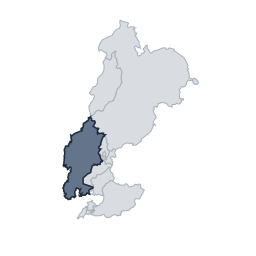 Kazakhstan highlighted among its neighbors, rotated 286°
{"feature_id": "KAZ", "entity_name": "Kazakhstan", "entity_type": "country or territory", "adm_level": 0, "iso_a3": "KAZ", "parent_name": "Asia", "parent_adm1": "", "projection": "equal_earth", "projection_center": [65.802, 47.999], "detail": "fine", "context": "with_neighbors", "style": "filled", "palette": "slate", "viewbox_px": 256, "rotation_deg": 286, "n_neighbors": 10, "source": "natural_earth", "source_scale": "50m", "svg_char_len": 12428}
<svg xmlns="http://www.w3.org/2000/svg" viewBox="0 0 256 256"><g transform="rotate(286 128 128)"><path d="M61.4,110.7L61.9,100.2L67.5,98.5L73.0,101.8L75.0,104.4L81.3,103.7L83.9,105.8L83.8,108.7L84.8,108.7L85.3,111.1L88.1,111.2L88.8,112.6L89.6,112.6L90.5,110.5L94.7,107.9L95.3,108.2L93.5,110.1L95.2,111.2L96.7,110.5L99.4,112.0L96.6,114.1L94.0,113.9L93.7,113.1L94.1,111.7L91.1,112.4L89.4,115.9L87.5,115.8L87.0,117.1L88.6,117.8L89.1,120.0L87.9,123.0L84.9,122.4L85.0,120.5L79.6,117.8L75.6,114.4L74.6,111.4L73.8,110.8L71.4,111.0L70.6,110.4L70.4,108.1L67.5,106.5L65.6,108.2L63.6,109.2L63.9,110.7L61.4,110.7Z" fill="#d9dde1" stroke="#a8b0b8" stroke-width="1"/><path d="M129.3,88.4L131.4,87.9L135.1,85.6L138.0,84.4L139.9,85.2L142.1,85.2L143.7,86.4L149.0,87.2L150.6,85.4L149.5,83.8L151.0,81.1L153.6,82.2L158.1,83.2L158.9,85.1L162.2,86.2L166.5,85.4L168.7,85.8L171.1,87.0L172.7,88.4L177.4,88.8L181.8,87.7L184.3,85.8L185.6,86.1L187.0,87.0L189.4,86.8L188.4,91.5L189.3,92.6L190.4,92.3L192.6,92.7L193.9,91.7L195.9,92.5L198.4,94.5L198.5,95.4L196.7,95.1L193.7,95.5L192.4,96.3L191.4,98.1L188.4,99.2L186.6,100.7L183.0,99.9L182.3,101.7L183.8,103.7L181.3,106.2L179.0,107.2L175.7,107.3L172.4,108.3L170.1,109.9L168.9,109.0L166.3,109.0L162.7,107.2L160.4,106.8L157.5,107.2L150.5,106.6L148.9,104.9L147.5,102.3L146.1,102.0L143.2,100.2L137.6,99.3L136.7,98.1L137.0,94.9L135.2,92.7L132.1,91.7L130.1,90.2L129.3,88.4Z" fill="#d9dde1" stroke="#a8b0b8" stroke-width="1"/><path d="M87.9,123.0L89.1,120.0L88.6,117.8L87.0,117.1L87.5,115.8L89.4,115.9L91.1,112.4L94.1,111.7L93.7,113.1L94.0,113.9L94.9,113.8L94.1,114.7L91.7,114.2L91.5,115.9L93.9,115.7L96.7,116.7L101.0,116.2L101.6,119.0L102.4,118.7L103.8,119.3L104.1,122.2L100.2,122.0L98.9,123.3L97.1,124.3L96.1,123.3L96.3,120.7L95.6,120.6L95.8,119.7L94.6,119.0L93.6,120.1L93.1,121.7L91.7,121.6L91.0,123.0L90.2,122.4L88.6,123.4L87.9,123.0Z" fill="#d9dde1" stroke="#a8b0b8" stroke-width="1"/><path d="M94.7,107.9L95.1,106.7L96.6,106.3L100.2,107.3L100.5,105.6L101.7,105.0L104.9,106.2L105.7,105.9L112.6,106.2L113.8,107.3L115.2,107.7L114.9,108.3L111.5,109.9L110.8,111.1L108.0,111.4L107.2,113.3L104.8,112.9L103.3,113.5L101.2,114.8L101.6,115.5L101.0,116.2L96.7,116.7L93.9,115.7L91.5,115.9L91.7,114.2L94.1,114.7L94.9,113.8L96.6,114.1L99.4,112.0L96.7,110.5L95.2,111.2L93.5,110.1L95.3,108.2L94.7,107.9Z" fill="#d9dde1" stroke="#a8b0b8" stroke-width="1"/><path d="M53.8,109.3L54.9,108.4L57.4,107.8L58.9,108.6L60.3,110.8L63.9,110.7L63.6,109.2L65.6,108.2L67.5,106.5L70.4,108.1L70.6,110.4L71.4,111.0L73.8,110.8L74.6,111.4L75.6,114.4L79.6,117.8L85.0,120.5L84.9,122.4L83.1,121.5L82.8,122.5L80.9,123.1L80.4,125.5L79.1,126.5L77.3,126.9L76.8,128.3L75.0,128.7L72.7,127.6L72.6,125.0L70.9,124.9L68.3,122.2L66.5,121.9L64.1,120.4L62.5,120.1L61.5,120.7L59.9,120.6L58.2,122.3L56.2,122.9L55.9,120.7L56.4,117.6L54.7,116.6L55.4,114.6L53.9,114.4L54.6,112.0L56.6,112.7L58.6,111.7L57.1,110.0L56.6,108.3L54.8,109.1L54.4,111.2L53.8,109.3Z" fill="#d9dde1" stroke="#a8b0b8" stroke-width="1"/><path d="M42.5,145.3L41.3,143.6L41.4,142.0L40.6,142.0L41.2,139.7L40.1,137.3L37.4,135.6L36.0,132.7L36.7,130.3L38.0,129.3L38.0,127.5L36.5,126.6L34.4,120.5L34.9,119.6L34.5,116.2L36.1,115.4L36.4,116.5L37.4,117.9L38.9,118.3L39.7,118.2L42.6,116.0L43.4,115.8L44.0,116.6L43.1,118.1L44.4,119.7L45.0,119.5L45.5,121.7L47.7,122.3L49.1,123.8L52.4,124.4L56.0,123.6L56.2,122.9L58.2,122.3L59.9,120.6L61.5,120.7L62.5,120.1L64.1,120.4L66.5,121.9L68.3,122.2L70.9,124.9L72.6,125.0L72.7,127.6L71.0,133.6L72.0,134.1L71.0,135.7L71.9,140.2L73.6,140.7L73.8,142.7L71.6,145.6L73.7,149.2L76.0,150.6L76.0,153.4L77.1,153.9L77.3,155.4L73.8,157.0L72.9,160.8L63.0,158.6L62.1,154.7L61.0,154.1L59.1,154.7L56.7,156.3L53.8,155.2L51.5,152.7L49.2,151.8L46.2,144.6L44.9,145.1L43.5,144.1L42.5,145.3Z" fill="#d9dde1" stroke="#a8b0b8" stroke-width="1"/><path d="M39.7,118.2L38.9,118.3L38.2,116.1L37.2,116.1L36.6,115.3L33.8,113.8L34.1,112.4L33.9,111.3L37.0,110.9L38.2,112.1L37.7,112.9L38.7,113.9L38.0,114.8L39.9,116.1L39.7,118.2Z" fill="#d9dde1" stroke="#a8b0b8" stroke-width="1"/><path d="M191.0,183.3L188.9,182.3L188.5,179.4L189.6,177.9L192.2,177.0L193.6,177.1L194.3,178.3L193.4,179.8L193.0,181.7L191.0,183.3ZM115.2,107.7L114.9,106.0L116.3,105.3L114.0,100.4L119.2,98.6L120.3,93.7L124.6,94.6L125.6,93.3L125.4,90.6L127.1,90.4L128.5,88.6L129.3,88.4L130.1,90.2L132.1,91.7L135.2,92.7L137.0,94.9L136.7,98.1L137.6,99.3L143.2,100.2L146.1,102.0L147.5,102.3L148.9,104.9L150.5,106.6L157.5,107.2L160.4,106.8L162.7,107.2L166.3,109.0L168.9,109.0L170.1,109.9L172.4,108.3L175.7,107.3L179.0,107.2L181.3,106.2L183.8,103.7L182.3,101.7L183.0,99.9L186.6,100.7L188.4,99.2L191.4,98.1L192.4,96.3L193.7,95.5L196.7,95.1L198.5,95.4L198.4,94.5L195.9,92.5L193.9,91.7L192.6,92.7L190.4,92.3L189.3,92.6L188.4,91.5L189.4,86.8L192.2,87.8L194.6,86.1L194.2,84.9L195.1,82.2L195.9,81.3L195.4,79.9L194.0,79.3L195.2,78.0L197.6,77.6L200.2,77.5L203.6,78.3L205.7,79.2L210.7,84.5L212.4,87.1L216.4,88.0L219.7,89.9L221.5,92.4L224.8,92.4L226.2,91.4L229.3,90.6L229.2,93.0L228.8,94.0L229.3,97.0L228.9,99.7L226.0,99.2L224.6,100.2L226.0,102.7L226.8,106.0L225.7,106.1L226.2,107.6L224.3,105.9L223.9,107.5L220.9,108.7L221.7,110.2L219.8,110.1L218.4,109.2L217.5,111.3L215.6,112.9L214.3,114.7L211.4,115.6L210.1,117.0L207.9,117.8L208.7,116.4L207.9,115.3L209.2,113.3L207.6,111.8L203.9,114.8L203.0,116.7L200.8,116.9L200.0,118.3L201.7,120.3L203.7,120.8L204.1,122.1L206.1,123.0L208.1,120.9L210.4,122.0L211.9,122.1L212.7,123.7L209.6,124.5L208.9,126.2L207.0,127.7L206.3,129.8L209.2,131.5L210.7,134.5L214.8,139.8L215.3,142.1L214.0,142.9L214.8,144.6L216.4,145.6L216.4,150.7L215.1,151.0L211.0,162.5L205.1,168.2L202.4,168.6L201.1,170.0L200.1,169.0L198.9,170.6L195.7,172.3L193.2,172.8L192.7,176.2L191.4,176.4L190.5,174.0L190.9,172.8L187.5,171.7L186.4,172.2L183.9,171.4L182.6,170.1L182.8,168.2L180.5,167.6L179.2,166.4L177.3,168.1L173.1,168.5L170.6,169.7L171.3,173.5L170.0,173.4L169.5,171.3L167.8,172.2L164.8,170.4L165.3,167.7L163.7,167.1L162.8,164.1L160.3,164.6L160.3,160.8L162.3,158.1L161.8,153.0L160.7,152.2L159.7,150.3L158.4,150.6L155.7,150.1L156.4,148.8L155.1,146.8L153.5,148.1L151.5,147.3L148.9,149.4L147.0,151.7L145.1,152.1L144.0,151.3L140.9,150.5L139.7,151.3L138.3,153.6L137.9,151.1L136.5,151.8L131.0,150.8L128.9,149.4L127.1,148.7L126.2,147.2L124.8,146.8L122.3,144.7L120.4,143.7L119.4,144.5L113.6,140.3L112.8,136.9L114.5,137.3L114.5,135.7L113.5,134.1L113.6,131.6L110.9,128.0L107.1,126.8L106.3,124.5L104.6,123.1L104.1,122.2L103.8,119.3L102.4,118.7L101.6,119.0L101.0,116.2L101.6,115.5L101.2,114.8L103.3,113.5L104.8,112.9L107.2,113.3L108.0,111.4L110.8,111.1L111.5,109.9L114.9,108.3L115.2,107.7Z" fill="#d9dde1" stroke="#a8b0b8" stroke-width="1"/><path d="M39.7,109.5L41.0,109.2L42.3,111.0L43.3,111.2L45.2,109.3L47.2,112.8L48.2,113.0L48.8,113.8L47.0,114.0L45.9,117.3L45.0,118.0L45.0,119.5L44.4,119.7L43.1,118.1L44.0,116.6L43.4,115.8L42.6,116.0L39.7,118.2L39.9,116.1L38.0,114.8L38.7,113.9L37.7,112.9L38.2,112.1L37.0,110.9L37.6,110.4L40.3,111.4L40.7,111.1L39.7,109.5ZM38.9,118.3L37.4,117.9L36.4,116.5L36.1,115.4L36.6,115.3L37.2,116.1L38.2,116.1L38.9,118.3Z" fill="#d9dde1" stroke="#a8b0b8" stroke-width="1"/><path d="M26.7,104.6L27.0,104.2L31.9,105.2L34.8,106.6L35.1,107.1L36.5,106.6L38.5,107.2L39.0,108.4L40.3,109.1L39.7,109.5L40.7,111.1L40.3,111.4L39.2,111.2L37.6,110.4L37.0,110.9L33.9,111.3L31.9,109.9L29.5,110.0L30.0,108.8L29.7,106.8L28.5,105.8L27.4,105.5L26.7,104.6Z" fill="#d9dde1" stroke="#a8b0b8" stroke-width="1"/><path d="M94.6,108.0L94.1,108.2L93.8,108.6L93.5,108.5L92.8,109.2L91.8,109.6L91.3,110.0L91.2,110.2L90.7,110.4L90.5,110.5L90.5,110.8L90.4,111.0L89.8,111.5L89.5,112.0L89.4,112.3L89.5,112.6L89.1,112.7L88.5,112.4L88.3,112.2L88.4,111.5L88.0,111.0L87.7,111.1L85.5,111.2L85.3,111.1L85.0,110.2L84.8,108.7L83.7,108.7L83.7,107.8L83.9,105.8L83.3,106.2L82.6,104.9L82.1,104.6L81.3,103.8L80.3,104.2L77.6,104.0L74.9,104.4L73.2,102.5L73.0,102.0L72.8,101.9L67.6,98.6L62.0,100.2L61.5,110.7L60.5,110.8L60.2,110.7L59.9,110.3L59.1,108.8L57.5,107.7L56.5,107.8L55.1,108.3L54.7,108.5L53.8,109.3L53.8,108.4L54.2,107.5L54.3,107.1L54.2,106.5L54.0,106.3L53.5,106.4L53.3,106.2L52.7,106.2L52.3,105.5L52.2,105.4L51.5,105.3L51.5,104.4L51.1,103.7L50.7,102.4L50.4,102.2L49.6,102.0L49.5,101.7L49.6,101.3L49.8,101.2L50.8,101.2L51.5,101.5L51.9,101.4L52.3,101.5L52.1,101.3L51.8,101.2L51.3,100.7L51.2,100.4L51.3,100.2L51.8,99.8L51.9,99.5L52.2,99.1L52.5,99.2L52.9,99.0L54.4,99.0L55.4,99.2L56.0,99.2L55.3,98.8L55.2,98.5L55.5,98.0L55.8,97.4L56.1,96.8L56.1,96.2L56.0,95.8L56.2,95.5L56.1,95.0L55.8,94.7L54.8,94.6L54.5,94.9L54.1,95.1L53.8,94.9L53.3,94.8L53.0,94.5L52.1,94.3L51.5,94.5L50.8,94.9L50.4,94.9L49.2,95.7L48.0,95.9L48.0,96.2L47.9,96.1L47.7,96.3L46.5,95.8L46.3,95.6L46.3,95.3L46.5,95.2L47.1,95.4L47.3,95.2L46.6,93.7L45.8,92.6L45.7,92.5L44.4,92.4L44.0,92.6L43.8,92.4L43.6,92.0L43.7,91.5L43.7,91.2L42.9,90.7L42.8,90.3L43.1,89.7L43.4,89.2L43.7,89.0L43.9,88.7L43.5,88.2L43.6,87.8L43.8,87.3L44.0,86.9L44.6,86.5L44.7,86.3L44.8,85.9L45.3,85.4L45.5,85.4L45.7,85.5L46.8,86.9L47.0,86.9L47.7,86.7L47.9,86.4L47.6,84.9L48.0,84.9L49.2,84.2L49.4,83.8L49.6,83.6L50.3,83.5L51.3,83.0L52.4,81.9L53.2,82.2L53.4,82.3L53.4,82.5L53.5,82.6L54.1,82.6L54.9,82.1L55.4,82.0L55.6,82.1L55.9,82.5L56.0,82.6L57.6,82.6L58.0,82.8L58.3,83.2L58.8,83.4L59.2,83.7L59.7,84.4L59.8,84.9L59.9,85.1L60.1,84.9L60.2,84.7L60.1,84.2L60.2,83.8L60.7,84.0L61.6,84.7L62.3,84.9L63.1,84.6L63.3,84.3L64.0,83.8L64.3,83.9L65.1,83.7L65.5,83.8L66.0,84.1L66.4,84.0L66.8,83.6L67.9,83.7L68.3,83.9L68.9,84.6L70.1,84.8L70.2,85.1L70.8,84.9L71.2,84.4L71.4,84.2L71.8,84.6L72.1,84.7L72.6,84.7L73.2,84.6L73.8,84.4L74.1,84.2L74.6,83.2L74.1,82.7L73.4,82.6L73.3,82.4L72.3,82.1L72.2,81.8L71.5,81.5L71.4,81.4L71.5,81.3L72.3,80.9L72.8,80.9L73.4,80.4L73.0,79.5L73.1,79.3L73.6,78.7L74.3,78.7L75.5,78.8L75.7,78.7L75.6,78.4L74.9,78.1L73.9,77.9L74.0,77.5L74.4,77.5L74.6,77.4L74.5,77.2L74.1,77.3L73.5,77.1L73.8,76.8L73.9,76.2L74.1,76.1L74.3,76.0L75.5,76.3L75.7,76.1L76.6,76.1L76.9,76.0L77.8,75.9L78.0,75.7L79.3,75.6L80.1,75.3L80.6,75.2L81.0,75.3L81.5,75.2L81.8,75.3L82.0,75.2L82.1,74.9L82.6,74.6L83.1,74.6L83.5,74.4L83.6,74.5L84.1,74.5L87.1,74.0L87.3,73.8L88.0,73.7L88.1,73.3L88.7,73.2L89.1,72.9L89.6,72.7L90.6,72.8L92.0,73.3L92.4,73.1L92.6,73.0L93.1,72.9L93.5,73.3L94.1,74.7L94.0,75.2L93.8,75.5L94.4,75.8L95.5,75.6L95.9,75.6L95.9,75.4L96.1,75.3L96.5,75.8L96.6,76.2L96.7,76.3L96.9,76.2L96.9,75.9L97.0,75.8L97.6,75.9L98.0,76.2L98.2,76.3L98.5,76.2L99.0,76.0L99.2,76.3L98.6,76.6L98.4,76.9L98.4,77.2L98.6,77.5L99.1,77.2L99.6,77.1L100.3,77.2L100.6,77.4L100.8,77.0L101.5,76.6L101.9,76.6L102.3,76.4L102.6,76.2L102.7,75.9L103.2,75.9L104.3,75.4L104.8,75.3L105.4,75.0L105.3,75.3L105.1,75.8L104.6,75.8L104.8,76.1L105.0,76.3L107.4,77.7L107.7,78.0L109.1,79.6L111.4,82.6L112.6,84.4L112.8,84.5L112.8,84.3L113.1,84.1L113.5,84.0L113.6,83.9L113.5,83.5L113.5,83.4L114.1,83.1L114.4,83.1L114.6,83.3L114.9,83.3L114.9,83.5L114.8,83.9L115.5,84.0L115.7,84.3L115.7,84.5L116.7,84.5L117.0,84.6L117.9,84.6L118.1,84.4L118.4,84.1L118.9,84.1L119.2,83.9L119.6,83.9L120.3,84.1L120.8,84.4L121.0,84.7L121.4,85.1L121.6,85.7L121.8,85.8L122.4,85.9L122.9,86.2L123.2,86.3L123.3,86.6L123.3,86.8L123.9,87.5L125.4,87.7L125.5,87.8L125.9,87.8L126.7,87.1L126.9,87.1L127.0,87.1L127.0,87.3L126.8,87.5L127.0,87.7L127.2,87.8L127.7,88.4L128.2,88.6L128.5,88.9L127.9,88.9L127.4,89.0L127.3,89.3L127.4,89.5L127.3,90.0L127.0,90.4L126.5,90.6L125.4,90.8L125.2,91.3L125.1,92.1L125.3,93.2L125.6,93.7L125.6,93.9L125.3,94.4L124.7,94.5L124.3,94.8L123.8,95.1L123.5,94.7L122.8,94.6L122.1,94.7L121.5,94.5L120.1,94.0L119.9,94.7L119.2,96.9L118.9,98.5L119.6,99.0L119.6,99.3L119.4,99.8L118.9,99.5L118.2,99.7L117.8,99.5L117.8,99.3L117.6,99.2L115.8,99.8L115.4,99.8L114.1,100.1L113.8,100.5L114.1,100.7L114.6,100.7L115.1,100.9L114.9,101.1L114.9,101.4L115.0,102.7L115.3,103.3L115.8,104.2L115.9,104.6L115.8,104.9L116.0,105.0L116.1,105.4L116.1,105.5L115.8,105.5L115.3,105.7L115.3,105.9L115.7,106.1L115.0,106.4L115.0,106.6L114.9,106.9L115.2,108.0L114.4,107.5L113.3,107.3L112.8,106.8L112.7,106.5L112.0,106.5L111.2,106.2L110.1,106.2L109.6,106.1L108.4,106.1L107.8,105.9L106.8,106.1L105.3,106.0L105.2,106.0L104.9,106.4L104.3,106.3L103.1,105.9L101.7,105.1L101.6,105.3L101.1,105.3L100.3,105.8L100.1,107.0L100.2,107.5L99.8,107.2L98.8,107.1L98.6,106.9L97.5,106.5L96.4,106.3L95.3,106.6L94.8,107.2L94.7,107.4L94.5,107.7L94.5,107.8L94.6,108.0ZM49.4,100.6L49.2,100.6L49.0,100.3L49.1,100.0L49.3,99.9L49.2,100.1L49.1,100.3L49.2,100.5L49.4,100.6ZM54.9,99.0L54.8,98.9L54.7,98.8L54.8,98.7L54.9,99.0Z" fill="#64748b" stroke="#1e293b" stroke-width="1.5"/></g></svg>